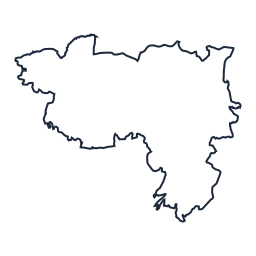 the district of Manono, Katanga, Democratic Republic of the Congo
{"feature_id": "63176286B74212537268608", "entity_name": "Manono", "entity_type": "district", "adm_level": 2, "iso_a3": "COD", "parent_name": "Democratic Republic of the Congo", "parent_adm1": "Katanga", "projection": "natural_earth1", "projection_center": [27.399, -7.421], "detail": "fine", "context": "isolated", "style": "outline", "palette": "slate", "viewbox_px": 256, "rotation_deg": 0, "n_neighbors": 0, "source": "geoboundaries", "source_scale": "gbopen_adm2", "svg_char_len": 5733}
<svg xmlns="http://www.w3.org/2000/svg" viewBox="0 0 256 256"><path d="M15.8,58.3L15.4,60.2L15.7,61.0L17.4,61.2L17.7,62.2L17.5,63.6L17.9,64.8L19.8,65.6L21.8,66.0L22.2,68.4L23.1,68.3L24.0,68.8L24.7,68.6L25.7,68.9L25.8,70.7L22.6,70.4L22.6,71.2L21.4,73.4L21.5,74.5L21.0,75.3L18.5,76.1L18.0,76.9L18.2,77.7L19.1,78.8L23.7,79.8L24.1,80.3L23.8,81.7L22.5,83.3L23.1,84.5L27.1,84.7L29.2,83.0L32.5,82.9L32.8,83.7L32.8,85.3L32.2,87.0L34.0,91.2L36.8,92.4L37.6,92.3L38.2,91.7L39.1,89.5L40.5,90.3L42.4,92.4L44.4,93.0L47.4,93.1L48.5,92.5L49.0,91.7L50.2,91.9L54.4,94.1L53.7,96.8L54.0,98.0L53.0,101.9L52.1,102.6L48.0,103.4L45.8,109.7L46.0,110.2L45.6,111.2L45.5,113.0L45.9,113.0L46.0,113.4L45.1,115.0L43.6,119.1L45.2,123.6L47.1,123.2L48.9,127.7L50.2,127.5L50.5,126.7L49.2,123.5L49.2,122.5L50.2,122.0L51.5,122.9L52.4,124.5L53.2,129.1L53.9,128.8L54.3,127.5L55.2,126.7L56.4,126.8L57.3,127.4L57.8,128.1L58.0,130.8L58.8,131.9L61.8,132.5L64.7,135.4L65.4,135.5L66.2,136.2L67.8,136.5L67.8,139.2L68.7,140.4L69.5,139.9L70.4,140.1L71.1,139.8L71.9,138.6L71.5,138.0L71.7,137.6L74.8,140.2L76.1,139.8L77.0,138.8L77.9,138.6L79.5,139.2L80.6,140.3L80.9,142.6L82.1,142.6L81.8,143.8L81.1,144.6L80.6,147.3L83.9,147.6L90.1,148.8L91.4,148.2L92.5,148.3L92.6,147.3L93.7,147.9L96.0,148.3L100.6,147.6L103.3,148.1L107.6,146.9L113.7,146.2L114.5,145.9L114.0,144.1L114.5,141.0L114.0,138.5L114.7,135.0L115.2,134.1L115.5,134.6L117.0,135.3L118.0,137.4L118.9,138.0L119.0,138.8L119.4,139.3L125.0,139.1L125.2,138.2L126.1,136.6L128.5,135.5L130.3,133.4L131.9,132.8L132.4,133.4L132.6,134.4L132.1,136.7L132.2,138.6L136.7,137.3L137.1,136.7L136.8,134.0L137.7,133.7L139.2,134.0L141.2,135.3L143.0,135.9L143.8,136.6L144.8,138.0L144.8,138.7L143.8,141.2L144.3,142.5L146.2,143.3L146.9,144.4L147.2,146.4L150.0,149.7L150.4,151.3L151.0,151.7L148.3,153.5L147.6,154.6L147.1,157.6L147.4,162.4L148.2,164.3L152.4,169.9L153.4,170.8L155.9,171.1L159.1,169.7L160.4,167.8L161.9,168.4L161.9,171.4L165.1,172.1L165.5,173.6L165.6,175.1L164.6,177.2L164.6,178.5L163.9,179.6L163.5,181.3L159.7,188.3L159.2,188.5L156.7,190.7L155.6,193.7L153.8,195.3L153.8,196.5L154.4,197.3L155.2,196.2L156.8,194.9L158.6,195.7L158.9,195.4L161.3,195.2L165.1,194.0L165.6,194.2L164.3,196.2L162.8,197.8L160.7,199.2L157.3,202.3L155.6,204.5L154.8,206.0L156.0,205.8L157.0,204.8L157.8,204.7L158.0,205.3L156.6,209.2L157.3,209.7L159.1,208.0L160.0,204.9L161.4,203.1L161.8,202.1L162.7,201.3L163.4,200.1L164.5,199.7L164.2,204.1L163.9,204.6L164.0,205.8L165.4,205.7L167.3,206.3L168.4,205.9L168.5,205.4L169.2,205.8L169.7,207.2L174.2,208.3L175.2,206.8L175.2,205.4L175.9,204.1L176.3,204.2L176.5,204.7L176.1,205.6L176.3,208.0L176.7,208.9L176.3,211.3L175.6,212.5L176.3,215.4L176.2,216.7L176.7,216.9L177.1,217.7L177.9,218.0L179.1,219.0L179.9,220.4L182.5,221.5L183.2,221.5L184.7,220.7L182.5,215.4L182.8,215.0L184.3,216.2L185.4,216.5L186.2,214.9L188.2,214.4L190.6,212.5L192.6,208.9L194.0,208.5L195.3,206.6L196.3,206.1L198.8,206.5L198.9,209.1L199.6,209.4L202.1,209.1L210.6,199.9L212.6,198.4L213.2,197.1L212.1,192.1L212.4,187.1L216.5,183.5L220.2,173.8L220.5,172.4L220.2,171.5L218.4,170.1L215.7,169.4L212.6,167.3L212.0,164.7L208.2,162.6L206.8,162.5L206.4,161.4L207.4,159.5L209.8,156.4L210.6,153.8L211.1,153.1L213.4,153.2L215.0,152.4L215.4,151.3L216.1,151.0L212.7,145.6L209.9,145.2L209.6,144.1L209.7,143.1L211.8,137.9L213.0,137.1L214.0,137.0L215.5,138.6L216.8,137.8L217.9,138.5L219.9,138.5L222.7,137.1L223.7,137.1L225.3,137.6L226.9,136.9L229.1,136.6L230.2,137.4L232.0,137.1L232.7,136.5L232.7,134.1L231.8,132.4L231.0,129.5L230.5,128.9L230.4,126.7L230.0,126.2L230.0,123.2L231.4,123.4L231.9,122.7L232.3,122.8L233.1,122.0L233.8,122.5L234.7,122.6L235.6,122.3L236.4,121.3L236.7,121.4L237.5,120.0L238.0,116.4L235.7,114.7L233.8,113.9L232.8,111.9L229.7,108.5L229.5,106.9L230.1,106.7L230.8,107.1L231.7,107.1L232.3,106.8L232.5,107.0L232.2,107.6L233.6,108.1L234.3,107.9L234.8,108.4L236.3,108.5L237.2,107.9L238.0,107.9L238.2,107.1L238.5,107.0L238.9,107.4L239.4,107.2L240.0,107.6L240.6,105.4L239.7,103.8L238.5,103.0L237.3,102.8L236.3,103.4L235.5,103.2L234.7,102.4L233.0,102.1L231.2,101.1L229.5,91.8L227.8,88.4L228.0,86.4L228.7,85.1L228.3,81.9L227.3,81.1L227.2,82.0L226.4,82.4L224.8,82.2L223.4,80.4L223.7,77.4L223.8,71.4L224.8,62.0L226.0,59.7L227.7,57.7L230.2,56.5L232.5,51.5L233.4,49.2L233.4,48.1L224.0,46.9L219.0,49.5L216.3,48.8L214.3,47.7L211.1,47.0L210.4,46.3L209.5,46.0L207.1,46.6L206.7,47.0L206.7,47.8L207.4,50.1L208.4,50.1L208.8,50.3L209.1,50.9L209.1,55.1L205.5,58.6L202.8,60.8L201.9,60.6L199.5,57.1L198.6,56.5L196.8,56.1L196.0,51.7L194.8,51.9L193.0,53.0L191.0,53.4L186.9,51.4L183.0,50.7L181.9,50.2L180.6,48.8L178.9,46.0L178.5,44.0L179.3,41.9L177.3,41.3L173.4,45.4L172.2,46.1L170.9,46.4L168.5,46.1L165.3,45.0L163.8,44.9L161.5,46.1L158.7,46.7L153.4,45.4L150.5,45.5L149.0,45.9L147.1,47.4L144.6,50.9L142.0,52.4L140.6,52.5L140.5,53.4L139.6,54.9L138.5,59.1L137.5,60.9L135.7,59.2L126.3,55.5L123.0,53.2L116.7,54.6L113.6,54.4L112.3,53.1L111.0,52.7L105.1,52.7L99.3,53.1L97.6,53.7L93.7,54.3L93.8,47.4L94.8,43.7L94.9,40.4L95.2,38.3L94.9,36.5L96.2,36.5L95.8,36.2L94.6,36.1L94.1,34.9L92.5,35.0L90.8,34.5L90.5,34.7L90.6,35.4L89.5,35.4L89.1,35.9L88.5,35.6L87.8,35.9L87.2,35.7L85.9,36.7L84.5,36.8L83.3,36.1L82.2,36.2L82.0,36.5L81.3,36.2L80.1,36.4L79.2,37.4L78.2,37.1L76.8,37.7L76.2,38.8L75.2,38.3L73.5,39.7L72.5,41.0L70.8,42.2L70.6,42.9L68.4,44.6L67.8,47.0L66.7,47.9L67.2,50.1L66.4,51.1L65.8,52.8L65.2,53.0L65.1,55.1L64.1,56.1L61.7,57.5L61.6,58.0L60.5,57.8L60.4,57.4L57.2,53.4L57.6,52.0L56.9,51.1L56.1,51.0L55.5,50.3L53.4,49.2L50.8,48.8L45.5,49.0L43.4,49.5L39.7,51.6L36.7,51.3L35.8,52.0L35.2,52.1L33.4,51.7L33.6,52.3L33.5,52.6L32.9,52.5L31.5,53.4L30.9,53.4L30.2,54.5L29.7,54.7L27.6,54.2L25.3,55.1L24.1,55.2L20.6,57.6L18.1,57.6L15.8,58.3Z" fill="none" stroke="#1e293b" stroke-width="2"/></svg>